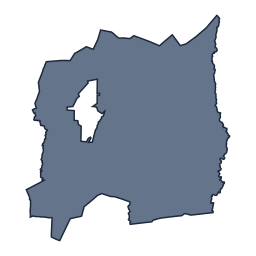 Shurugwi, Midlands, Zimbabwe (Natural Earth projection)
{"feature_id": "62879985B74735389049647", "entity_name": "Shurugwi", "entity_type": "district", "adm_level": 2, "iso_a3": "ZWE", "parent_name": "Zimbabwe", "parent_adm1": "Midlands", "projection": "natural_earth1", "projection_center": [30.229, -19.744], "detail": "fine", "context": "isolated", "style": "filled", "palette": "slate", "viewbox_px": 256, "rotation_deg": 0, "n_neighbors": 0, "source": "geoboundaries", "source_scale": "gbopen_adm2", "svg_char_len": 5779}
<svg xmlns="http://www.w3.org/2000/svg" viewBox="0 0 256 256"><path d="M133.8,35.7L129.9,38.6L123.9,38.0L118.7,38.1L114.6,34.7L113.4,33.5L111.3,32.0L109.0,31.6L100.6,30.0L97.8,39.5L93.2,49.3L86.3,46.7L81.7,49.5L74.6,53.5L70.1,60.7L67.6,60.5L60.9,60.5L46.3,61.7L44.9,65.0L44.6,66.3L43.2,69.0L42.7,71.2L38.4,82.4L39.5,91.3L36.4,100.1L35.7,101.2L35.0,103.6L36.3,108.2L33.3,109.3L32.5,109.9L32.5,110.4L32.9,110.8L33.2,111.4L33.7,112.9L34.7,112.9L35.0,113.0L34.8,113.4L35.2,114.4L35.6,114.9L35.5,116.1L34.5,116.9L34.3,117.9L34.3,118.6L34.1,118.7L33.9,119.4L34.0,120.0L34.6,120.3L35.4,120.2L35.7,120.4L36.4,120.2L37.6,120.7L38.2,120.4L39.0,120.7L39.7,120.5L40.1,120.8L39.9,121.9L40.1,122.8L40.6,123.8L40.5,124.9L40.9,125.5L41.4,125.3L42.5,125.8L43.2,125.7L43.7,125.8L44.3,126.3L44.6,128.0L45.1,128.8L46.2,129.7L47.2,129.9L47.4,130.0L47.3,130.4L46.6,131.1L45.8,132.3L45.7,132.8L46.2,133.9L46.1,134.5L45.3,135.0L45.1,135.3L45.5,136.2L45.7,138.5L45.5,138.9L44.9,138.9L44.6,139.3L44.5,140.8L44.2,141.3L43.9,142.6L43.5,143.1L42.8,143.6L42.3,145.1L42.3,145.6L43.3,145.4L43.4,145.6L42.9,148.0L43.1,148.7L43.4,149.2L43.3,150.4L43.3,151.6L42.2,154.3L42.0,157.1L41.1,159.7L41.9,160.5L42.2,160.6L42.3,161.2L41.9,162.2L42.8,163.5L42.8,163.8L42.4,164.4L42.1,165.2L41.6,168.1L40.3,169.4L40.3,169.6L40.8,170.0L41.5,170.2L41.8,170.4L41.9,170.7L41.9,171.1L41.6,171.4L41.3,171.4L41.0,171.1L40.8,171.1L40.6,171.3L40.6,172.3L40.7,174.2L40.6,176.5L40.9,177.4L41.2,177.7L42.9,178.2L42.1,179.6L42.1,180.3L42.4,180.3L43.1,179.9L44.1,180.2L40.7,182.2L26.3,189.7L29.5,197.1L29.6,199.7L30.6,200.2L30.5,207.2L30.1,210.5L30.4,215.0L30.3,217.1L32.9,216.0L35.8,216.6L38.7,216.6L40.6,216.9L44.0,217.0L49.3,217.8L51.5,217.6L52.1,217.9L51.3,235.1L51.4,237.0L56.0,239.2L59.7,240.6L70.3,218.6L81.5,216.2L81.9,215.2L82.9,211.0L83.6,208.9L84.0,206.9L88.2,203.3L88.4,203.3L97.8,195.2L101.9,193.6L110.7,196.5L114.7,196.7L122.1,199.1L129.6,201.8L130.0,202.4L129.9,203.9L129.4,205.2L128.5,205.6L128.3,205.8L128.1,206.6L128.1,207.3L129.0,209.6L129.7,210.5L129.9,211.5L129.9,211.9L129.1,212.4L128.4,213.3L128.4,213.8L129.0,214.9L129.4,215.9L129.2,216.7L129.4,218.0L128.4,219.6L128.6,220.0L130.2,221.1L130.6,221.5L129.9,222.8L130.2,224.3L151.8,221.8L152.9,220.3L157.8,218.8L160.7,218.1L170.3,216.9L180.1,215.8L181.4,215.8L184.9,213.5L190.9,215.1L213.0,212.6L213.1,211.2L212.1,210.8L213.6,203.0L213.4,202.7L212.5,202.8L211.5,203.2L210.8,203.1L210.6,202.7L211.6,199.5L211.6,198.2L211.4,197.2L211.4,196.5L211.6,196.0L211.9,195.8L212.1,196.3L212.3,196.2L212.5,194.9L212.9,194.5L213.6,194.6L215.5,195.4L216.4,195.3L217.1,194.7L218.2,192.3L218.6,191.9L219.3,192.8L219.9,192.8L220.3,192.2L220.2,190.0L220.5,189.2L221.3,188.9L221.8,188.2L223.1,185.6L223.2,184.6L224.4,183.1L224.3,182.2L224.2,182.0L223.7,181.9L223.1,182.4L222.7,182.4L220.7,179.9L220.2,180.1L219.8,180.0L219.7,179.6L219.9,179.3L221.0,178.6L221.3,177.7L221.2,176.9L221.0,176.7L220.6,176.7L219.8,177.2L218.8,176.5L218.7,175.9L219.8,173.9L218.9,172.2L218.0,171.2L218.3,170.8L219.6,170.7L219.9,170.5L220.7,169.8L221.1,169.0L220.7,168.1L220.0,167.2L220.2,165.9L219.6,165.2L219.6,164.5L220.2,163.5L221.1,163.0L221.2,162.7L221.2,161.7L221.4,161.1L221.1,160.8L220.8,160.6L220.7,160.0L219.9,159.5L220.0,159.3L220.3,158.4L220.5,158.3L221.0,158.2L221.5,158.3L222.8,159.1L223.6,159.4L224.0,159.2L224.6,158.4L224.7,158.0L224.4,157.3L223.8,156.6L223.5,156.1L224.0,155.5L224.4,154.2L225.6,153.7L226.5,152.6L227.2,149.7L227.1,149.4L227.0,148.8L227.2,148.3L226.2,146.4L226.3,145.4L226.2,144.8L226.6,144.2L226.4,142.5L226.7,141.4L227.5,138.8L228.0,138.2L228.8,137.7L229.7,136.1L229.5,135.8L228.7,135.7L228.0,134.0L227.1,132.8L226.9,132.0L226.6,131.6L226.1,131.8L226.0,131.7L226.2,130.9L226.9,130.0L226.9,129.5L226.7,128.9L226.8,128.5L225.0,127.8L224.4,127.3L223.8,127.3L223.3,127.5L222.8,126.0L223.3,125.5L223.4,125.2L223.3,124.3L222.7,123.9L222.6,123.5L222.4,123.3L222.4,123.0L222.3,122.5L221.6,122.4L221.3,122.1L220.3,121.7L219.5,120.4L219.4,119.2L220.1,117.9L220.4,116.9L220.1,114.5L220.5,113.6L220.5,112.9L218.4,112.5L217.6,111.9L217.5,111.6L217.4,110.7L217.0,110.3L216.9,109.9L217.1,109.1L216.9,108.5L216.5,106.9L215.2,105.6L215.2,105.4L215.8,104.4L216.7,103.3L216.6,102.9L216.2,102.2L216.1,101.4L216.6,99.7L216.2,99.0L215.9,97.4L216.0,96.2L215.8,94.8L215.9,93.8L215.0,92.6L215.0,91.4L215.5,90.1L215.3,89.0L215.6,87.1L215.3,85.9L215.4,85.0L215.7,83.9L214.5,81.5L214.0,76.9L213.5,75.0L214.5,73.3L215.2,69.7L215.2,69.4L214.1,69.1L214.0,68.9L214.1,68.0L214.4,67.5L214.4,65.4L213.5,64.2L212.6,63.4L212.6,62.8L212.3,62.2L212.5,61.6L212.5,61.4L211.9,61.1L211.6,60.7L211.8,60.3L212.1,60.2L211.9,58.9L212.1,58.2L211.9,57.6L212.3,57.0L212.3,56.5L212.7,56.2L212.2,55.1L212.2,54.6L212.8,53.6L214.4,53.1L214.4,52.8L213.9,52.5L213.9,52.3L216.1,51.7L216.6,51.0L217.1,50.7L216.9,48.9L216.0,47.6L215.3,47.4L215.0,46.1L215.7,44.7L215.4,42.7L214.6,41.0L215.4,39.2L216.1,37.1L215.9,36.5L215.9,34.5L216.9,31.1L216.8,30.0L217.1,28.7L216.7,27.3L217.8,27.0L218.7,25.6L218.8,23.9L219.4,21.7L218.9,20.2L219.6,18.5L217.2,15.6L216.8,15.4L206.4,27.7L196.2,36.5L186.1,43.9L180.3,45.6L172.3,34.8L161.2,44.2L160.8,44.7L159.5,45.8L155.6,44.1L148.7,41.2L133.8,35.7ZM67.1,107.1L72.9,106.5L77.1,98.1L79.3,96.4L78.3,93.8L88.1,83.0L87.6,81.1L97.3,79.2L97.1,93.7L99.5,93.3L99.5,95.4L97.2,95.4L97.1,103.4L92.7,106.5L94.6,106.6L96.8,107.4L97.2,109.0L98.0,111.0L102.0,113.6L104.7,111.2L104.2,113.2L103.3,116.0L102.8,116.5L101.6,116.9L101.3,118.6L100.1,120.2L99.6,121.4L99.4,121.3L99.1,121.4L98.3,122.2L98.2,123.6L97.8,124.7L97.1,125.8L97.2,126.7L96.9,127.8L96.6,128.2L96.4,129.0L95.9,129.3L95.3,130.4L92.3,142.2L88.6,142.4L90.2,139.4L91.0,138.1L90.4,137.2L88.4,138.3L86.4,141.9L80.9,141.2L81.2,126.2L78.4,124.5L77.8,120.7L74.2,120.4L74.2,110.6L67.1,110.1L67.1,107.1Z" fill="#64748b" stroke="#1e293b" stroke-width="1.5"/></svg>